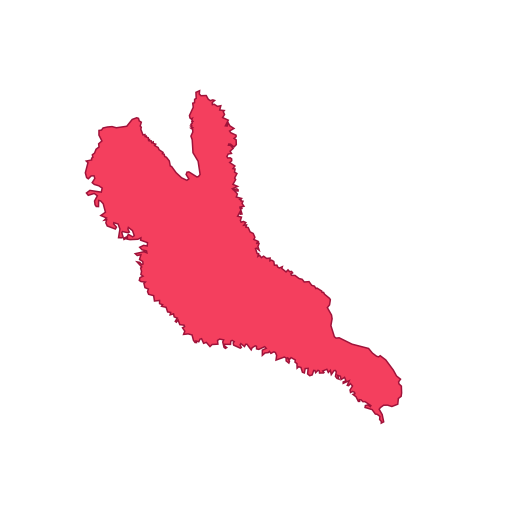 outline of Seate, Mokhotlong, Lesotho, rotated 124°
{"feature_id": "5366337B91839727568065", "entity_name": "Seate", "entity_type": "district", "adm_level": 2, "iso_a3": "LSO", "parent_name": "Lesotho", "parent_adm1": "Mokhotlong", "projection": "equal_earth", "projection_center": [28.771, -29.06], "detail": "fine", "context": "isolated", "style": "filled", "palette": "rose", "viewbox_px": 512, "rotation_deg": 124, "n_neighbors": 0, "source": "geoboundaries", "source_scale": "gbopen_adm2", "svg_char_len": 6128}
<svg xmlns="http://www.w3.org/2000/svg" viewBox="0 0 512 512"><g transform="rotate(124 256 256)"><path d="M309.2,407.3L308.1,401.2L311.1,401.8L309.5,400.1L312.5,399.0L314.3,396.1L312.3,387.7L310.1,387.8L309.0,392.0L307.9,392.5L306.6,388.2L309.7,383.9L317.7,380.2L315.9,377.3L314.5,376.9L311.7,380.3L310.4,380.4L308.5,375.7L307.0,374.4L305.3,377.3L303.7,377.8L304.0,372.6L307.2,368.3L309.1,369.0L309.4,373.9L312.1,373.7L315.3,375.6L316.1,374.7L313.0,372.8L314.1,372.4L312.9,369.6L308.2,363.3L305.3,361.6L307.4,360.5L305.6,353.4L308.5,351.8L310.0,355.1L313.8,357.3L314.6,353.9L313.0,349.6L314.4,348.2L315.1,351.3L321.6,357.4L322.0,354.7L319.3,352.1L324.0,350.6L323.9,346.8L325.8,345.2L327.0,345.8L326.3,348.8L327.4,351.3L329.0,344.6L330.5,344.9L332.7,342.3L335.7,341.1L335.9,338.4L338.8,340.1L341.5,339.1L341.5,337.0L339.5,333.2L341.4,333.6L344.3,330.4L343.6,326.7L346.2,326.0L347.8,323.6L346.1,318.7L350.1,315.0L346.8,311.1L349.4,309.3L348.6,306.2L350.5,306.2L348.8,301.8L351.8,298.0L350.5,295.2L352.8,294.3L350.1,292.0L352.2,289.8L351.5,286.5L355.3,286.4L355.4,285.0L352.7,284.8L355.5,280.8L353.6,277.0L354.5,275.7L356.6,276.8L358.1,273.0L361.5,272.2L358.5,268.7L357.2,264.9L360.9,260.7L361.8,258.1L361.1,257.0L360.0,258.1L359.1,255.5L356.2,255.9L355.0,254.9L357.7,250.6L355.4,248.9L356.8,243.5L353.9,242.9L350.4,238.3L347.5,240.7L345.2,239.7L343.6,235.9L345.9,235.5L349.6,231.4L349.7,229.7L348.3,229.1L348.2,231.8L346.8,232.7L343.5,227.7L340.7,229.3L339.3,228.6L339.2,226.2L340.8,226.3L342.4,224.7L341.2,217.5L340.0,217.0L338.6,219.5L337.1,219.6L337.5,214.9L335.0,215.2L334.2,214.2L336.5,207.5L334.2,207.9L330.9,206.4L330.6,205.1L332.7,203.6L331.9,201.5L326.3,198.1L326.8,195.9L330.5,198.1L334.8,195.2L331.3,194.3L329.2,191.8L327.6,191.5L328.4,189.2L325.4,187.6L325.2,185.9L326.9,183.3L331.1,181.2L323.9,176.0L323.7,174.0L326.1,172.4L326.4,168.9L324.5,169.4L322.7,173.5L322.9,170.4L320.6,170.1L320.2,165.3L322.2,164.3L322.3,161.9L326.0,159.2L324.0,158.7L323.3,156.4L326.4,152.5L325.9,150.5L321.8,152.3L320.0,149.9L324.9,147.3L325.2,144.5L323.1,142.9L318.6,144.2L318.0,143.1L319.4,141.3L316.1,140.7L315.9,139.2L317.5,137.9L315.3,134.7L314.6,134.5L314.0,136.4L310.3,133.9L312.1,130.9L309.2,130.4L312.2,127.3L307.3,127.2L306.5,126.2L307.1,124.7L311.4,122.8L312.2,120.4L311.7,118.4L309.3,121.6L308.5,118.8L310.9,116.4L307.1,114.7L309.1,111.7L311.7,113.3L312.8,112.5L307.3,109.0L312.2,108.0L311.7,106.7L309.0,106.4L309.8,103.3L314.5,103.1L316.3,101.3L314.3,100.2L313.9,98.2L314.8,97.0L316.5,98.2L316.8,94.3L319.3,89.8L318.6,88.8L317.3,90.0L316.5,88.5L317.0,85.9L315.8,84.2L315.8,77.1L317.0,77.0L316.9,79.9L318.8,81.7L320.6,80.9L318.4,73.8L320.3,68.7L319.5,67.0L319.7,63.6L322.4,62.1L323.1,59.6L324.5,58.7L322.1,57.4L316.9,62.7L314.2,68.2L312.1,68.1L308.4,66.8L306.1,63.6L304.8,59.2L299.6,55.6L294.5,58.3L291.2,57.2L288.1,58.7L282.6,62.7L282.0,66.1L280.6,67.4L277.3,67.3L276.9,72.4L273.8,78.4L269.6,90.3L269.2,97.3L271.0,97.9L271.7,99.8L271.4,105.2L269.7,111.0L275.4,127.1L277.3,141.3L279.3,143.7L279.1,145.9L271.8,155.0L265.5,157.8L262.7,160.4L258.9,168.0L255.4,167.7L250.7,169.9L250.0,171.3L249.4,177.8L248.4,179.6L249.2,180.9L248.3,181.9L248.5,187.5L249.5,188.1L248.3,190.7L249.2,193.4L247.6,197.7L250.6,201.5L249.5,204.7L250.6,207.7L250.3,212.8L252.2,215.8L251.3,217.1L249.5,216.2L248.9,217.9L250.2,219.4L249.6,221.7L252.4,222.2L251.9,227.7L250.2,228.2L252.9,229.9L253.0,231.9L251.9,233.5L253.3,235.6L250.6,238.2L250.7,240.7L252.2,241.8L249.8,243.1L252.1,245.9L251.9,249.6L254.3,250.6L253.4,253.4L255.2,254.2L252.6,255.2L253.3,256.5L250.1,260.6L249.2,259.9L249.4,256.7L247.1,259.7L243.8,260.5L243.6,261.5L245.7,262.6L242.7,262.3L243.5,267.1L241.1,267.4L238.9,270.9L239.3,274.4L236.8,278.4L237.7,280.6L235.5,281.2L237.3,283.3L234.0,283.1L234.4,285.8L236.3,287.2L235.3,288.8L231.9,289.8L233.3,293.5L228.1,294.0L230.1,292.3L229.0,291.1L225.6,295.2L224.0,293.8L225.1,296.2L224.4,296.7L221.5,293.8L220.2,297.0L217.9,297.4L218.7,299.2L217.9,299.6L218.2,301.0L216.4,300.3L218.1,305.3L215.0,306.1L214.0,310.2L212.1,307.2L211.1,307.9L211.1,309.5L213.8,311.9L213.5,313.3L208.6,310.2L209.5,315.2L204.0,315.6L203.4,317.3L198.3,317.9L198.5,320.7L195.6,322.0L196.5,324.0L193.2,323.8L193.2,330.1L190.6,329.4L189.1,330.5L189.0,332.2L190.5,334.2L189.8,335.8L187.0,336.1L184.7,333.7L183.6,336.1L179.6,335.1L178.5,339.2L179.6,340.8L178.4,341.2L177.5,339.6L177.9,335.2L174.7,334.6L170.8,337.4L170.8,340.0L168.2,339.2L167.0,340.1L167.9,345.9L167.2,347.8L162.6,345.6L162.7,350.5L161.0,353.8L164.4,352.6L165.2,354.2L158.9,354.9L159.9,361.1L156.3,361.2L154.7,363.8L153.2,363.7L155.3,367.7L151.1,369.2L153.5,371.6L153.6,375.6L154.9,376.8L153.3,378.1L150.2,377.3L150.7,379.1L152.8,380.8L152.7,383.3L150.8,387.0L153.9,391.3L153.4,393.6L150.5,395.2L153.9,397.3L158.8,393.7L160.4,394.5L163.3,392.7L164.7,393.9L167.8,391.2L176.8,389.7L178.5,387.9L178.6,386.4L177.5,385.8L178.9,385.5L179.7,383.6L180.4,384.4L181.5,383.1L183.2,383.6L183.8,382.3L184.8,382.9L185.0,380.2L186.4,381.5L186.5,379.3L188.6,377.7L193.0,377.0L195.3,373.9L205.6,366.0L209.8,357.0L219.7,347.9L222.4,348.2L223.5,349.2L223.8,358.7L225.1,360.1L227.5,359.5L229.6,354.8L231.9,355.6L232.8,361.4L231.6,368.9L229.0,376.0L229.3,377.4L225.7,381.0L224.2,385.5L224.6,387.3L223.0,389.0L223.5,390.8L222.1,391.0L222.1,395.8L220.8,397.8L221.1,401.8L219.4,401.7L220.1,404.2L218.9,405.0L220.4,405.9L219.1,407.2L220.0,408.5L219.1,409.3L220.2,409.7L218.2,411.5L218.7,413.5L218.0,414.0L218.9,414.7L217.4,416.0L218.8,417.4L215.3,422.4L213.4,423.1L213.0,424.7L209.2,425.9L209.3,428.3L207.6,430.4L208.1,432.2L212.0,435.0L220.7,435.7L227.8,443.5L229.2,447.7L232.2,451.4L235.4,454.4L238.0,454.5L239.7,456.4L243.6,453.8L246.8,448.1L251.0,449.2L253.4,447.1L256.9,448.3L261.0,447.4L263.6,448.3L265.5,446.4L266.8,447.0L268.3,446.0L272.2,449.8L272.6,447.5L282.5,444.0L285.7,440.3L285.8,438.2L281.7,437.4L280.1,435.1L281.8,433.0L286.8,432.8L287.1,430.1L285.7,425.6L285.7,421.5L289.6,420.0L294.5,430.4L298.6,431.8L299.5,429.0L294.6,425.1L294.8,421.2L300.7,420.6L303.5,418.1L304.3,416.1L303.1,414.2L297.9,417.5L297.2,415.7L298.1,411.9L303.9,405.3L309.2,407.3Z" fill="#f43f5e" stroke="#9f1239" stroke-width="1.5"/></g></svg>